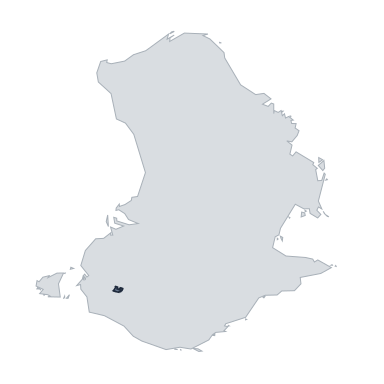 location of Narrandera, New South Wales, Australia, rotated 94°
{"feature_id": "25037944B16840847352668", "entity_name": "Narrandera", "entity_type": "district", "adm_level": 2, "iso_a3": "AUS", "parent_name": "Australia", "parent_adm1": "New South Wales", "projection": "orthographic", "projection_center": [146.605, -34.591], "detail": "fine", "context": "in_parent", "style": "filled", "palette": "slate", "viewbox_px": 384, "rotation_deg": 94, "n_neighbors": 0, "source": "geoboundaries", "source_scale": "gbopen_adm2", "svg_char_len": 4972}
<svg xmlns="http://www.w3.org/2000/svg" viewBox="0 0 384 384"><g transform="rotate(94 192 192)"><path d="M264.3,57.9L269.7,78.1L276.0,76.9L283.3,82.9L284.5,95.6L288.8,99.9L289.9,111.8L293.0,118.0L313.3,129.8L321.0,149.1L323.3,150.2L323.8,146.8L328.1,150.4L328.8,148.7L330.4,158.5L332.9,161.6L338.4,164.9L348.7,182.1L347.7,193.2L351.0,206.9L344.2,231.6L340.0,240.5L330.5,250.5L321.5,270.7L319.0,286.1L304.0,289.5L296.7,296.1L292.1,296.7L293.4,300.5L286.2,295.0L287.3,293.7L286.8,292.3L285.5,292.2L283.1,294.7L281.4,293.3L284.2,290.9L282.5,289.2L273.1,297.8L257.8,294.3L245.4,284.8L244.4,276.9L238.3,270.1L240.7,270.2L240.5,268.0L232.6,270.8L234.5,265.3L230.7,257.8L228.5,266.9L222.7,268.3L223.4,265.3L226.1,265.0L229.1,252.5L227.2,243.5L223.9,253.4L218.2,257.6L214.8,263.8L215.7,266.6L213.3,266.5L209.1,263.7L211.5,263.4L209.2,258.0L204.7,252.0L201.5,251.6L200.3,246.0L175.9,239.8L138.5,254.1L127.9,263.2L124.4,272.5L99.5,279.6L88.8,293.1L79.8,295.3L68.2,292.2L66.1,285.8L68.8,286.1L69.7,281.5L66.1,268.3L59.1,259.9L54.3,248.0L36.1,226.4L41.3,227.5L36.7,220.7L39.7,224.6L43.4,224.8L34.0,210.7L33.3,187.1L35.2,192.0L38.1,184.8L50.7,169.8L56.0,168.7L81.7,151.0L90.4,135.3L88.6,127.1L93.6,119.7L99.5,127.8L101.3,122.0L97.8,119.1L98.5,116.6L108.1,115.9L105.0,115.7L106.6,111.6L104.5,108.8L109.6,107.2L107.5,105.2L111.7,103.9L109.9,100.8L113.2,96.0L113.7,98.3L116.7,97.4L116.5,92.9L121.0,93.6L123.4,89.5L128.3,91.0L135.0,95.9L134.4,101.0L138.2,95.5L147.4,97.0L149.0,94.1L144.7,91.0L154.1,72.6L156.3,73.4L159.7,68.7L161.0,70.2L172.0,67.3L171.4,63.4L163.9,61.5L165.0,60.3L192.2,65.3L199.9,61.3L198.1,64.8L201.5,66.2L205.4,61.9L209.1,64.8L205.1,72.7L200.5,73.8L201.0,79.2L197.0,88.1L222.0,101.2L228.7,102.3L230.9,105.9L241.9,107.7L249.3,93.8L249.4,74.2L250.5,66.9L253.3,65.0L251.0,61.8L257.7,47.7L264.3,57.9ZM281.8,314.5L292.9,318.8L306.0,316.1L306.6,328.5L305.8,326.2L304.5,328.8L304.0,336.9L299.5,333.6L296.7,341.0L291.2,340.4L292.2,338.3L287.4,334.8L285.4,328.6L287.5,329.7L282.3,321.0L281.8,314.5ZM151.4,62.6L159.0,61.3L161.5,63.0L156.7,67.9L151.4,62.6ZM220.8,274.5L232.3,273.0L227.5,275.5L220.8,274.5ZM207.5,77.4L209.3,81.4L204.4,81.2L205.0,78.1L207.5,77.4ZM348.0,180.1L348.0,175.1L350.0,171.0L350.6,174.1L348.0,180.1ZM303.0,307.1L306.7,308.2L306.8,309.9L303.0,307.1ZM150.7,63.9L153.6,67.5L148.8,68.0L150.7,63.9ZM277.6,308.0L275.5,307.6L276.5,304.7L277.6,308.0ZM234.5,98.5L232.2,99.9L229.9,100.8L231.0,98.3L234.5,98.5ZM35.8,225.3L33.7,223.5L33.0,221.4L33.3,221.2L35.8,225.3ZM306.0,311.6L307.4,312.8L304.7,311.8L306.0,311.6ZM331.9,159.3L333.7,159.3L333.6,161.5L331.9,159.3ZM290.5,111.6L292.6,112.9L292.2,113.7L290.5,111.6ZM299.4,338.0L299.5,340.0L298.2,339.4L299.4,338.0ZM350.2,195.3L350.1,198.1L349.9,198.0L350.2,195.3ZM170.8,59.4L169.5,58.5L170.3,57.8L170.8,59.4ZM206.9,55.3L205.1,57.5L207.2,53.7L206.9,55.3ZM350.6,192.0L349.7,192.8L350.3,191.9L350.6,192.0ZM211.3,93.0L210.3,93.5L210.8,92.5L211.3,93.0ZM203.7,77.7L202.4,78.0L203.1,76.6L203.7,77.7ZM41.3,173.1L41.3,174.9L40.8,174.9L41.3,173.1ZM255.3,46.8L255.3,48.2L254.7,47.2L255.3,46.8ZM285.5,293.0L285.8,293.9L285.4,293.6L285.5,293.0ZM204.6,58.2L202.1,59.8L204.7,57.8L204.6,58.2ZM109.9,98.7L109.1,99.9L109.5,98.6L109.9,98.7ZM300.2,336.5L299.5,336.9L299.9,336.2L300.2,336.5ZM233.6,103.6L232.2,103.7L232.9,102.8L233.6,103.6ZM105.8,107.3L105.2,108.0L105.0,106.7L105.8,107.3ZM305.4,332.4L304.4,332.9L304.8,331.8L305.4,332.4ZM256.2,43.0L256.0,44.0L255.3,43.5L256.2,43.0ZM285.0,294.3L285.9,295.2L284.3,294.9L285.0,294.3ZM315.8,129.7L314.9,129.7L315.3,128.6L315.8,129.7ZM323.0,146.6L322.5,146.5L322.9,145.7L323.0,146.6ZM282.2,313.0L282.0,313.7L281.7,312.8L282.2,313.0Z" fill="#d9dde1" stroke="#a8b0b8" stroke-width="1"/><path d="M293.8,254.4L293.1,254.3L293.0,254.7L292.9,254.8L292.9,255.2L292.9,255.4L292.8,255.6L292.8,255.8L292.6,255.9L292.6,256.1L292.7,256.3L292.6,256.6L293.3,256.6L293.2,256.9L293.2,257.0L293.3,257.0L293.2,257.3L293.3,257.4L293.3,257.5L293.5,257.5L293.8,257.7L294.0,257.7L293.9,257.8L294.0,257.8L293.9,257.8L293.9,258.0L293.9,258.3L294.0,258.3L294.2,258.5L294.1,259.2L294.1,259.6L294.0,260.0L293.9,260.0L293.7,260.1L293.5,259.9L293.4,259.9L293.2,259.9L292.9,259.9L292.7,259.8L292.0,259.7L292.0,259.8L291.9,260.2L291.8,260.7L291.7,260.7L291.5,261.7L291.8,261.9L292.1,261.5L292.3,261.6L292.7,261.7L292.9,261.8L293.0,261.8L294.0,262.4L294.5,262.6L294.9,262.9L295.0,262.9L295.4,263.2L295.5,263.1L295.9,263.3L296.0,263.3L296.1,263.5L296.2,263.3L296.3,263.3L296.3,263.1L296.4,262.5L296.4,262.4L296.3,262.2L296.2,262.2L296.2,261.9L296.3,261.9L296.6,261.8L296.7,261.7L296.6,261.3L296.7,261.2L296.7,260.9L296.7,260.6L296.8,260.6L296.8,260.4L296.9,259.9L296.9,259.5L297.0,259.3L297.0,259.2L297.1,258.5L297.1,258.4L297.2,258.0L297.2,257.9L296.6,257.8L296.3,257.8L296.3,257.6L296.3,257.4L296.4,257.2L296.5,256.6L296.5,256.3L295.9,256.2L295.7,256.2L295.8,256.1L295.8,255.7L295.3,255.6L295.0,255.5L295.1,254.9L294.8,254.8L294.7,254.8L293.8,254.7L293.8,254.4Z" fill="#64748b" stroke="#1e293b" stroke-width="1.5"/></g></svg>